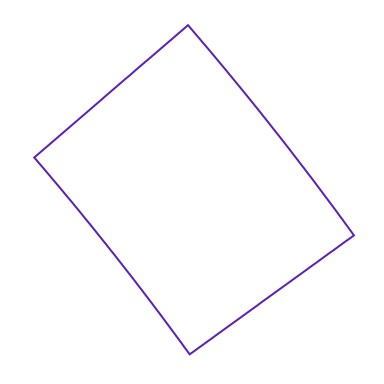 outline of Wyoming, rotated 232°
{"feature_id": "USA-3527", "entity_name": "Wyoming", "entity_type": "State", "adm_level": 1, "iso_a3": "USA", "parent_name": "United States of America", "parent_adm1": "", "projection": "albers", "projection_center": [-107.983, 43.0], "detail": "fine", "context": "isolated", "style": "outline", "palette": "violet", "viewbox_px": 384, "rotation_deg": 232, "n_neighbors": 0, "source": "natural_earth", "source_scale": "10m", "svg_char_len": 2376}
<svg xmlns="http://www.w3.org/2000/svg" viewBox="0 0 384 384"><g transform="rotate(232 192 192)"><path d="M58.1,292.9L58.2,289.8L58.3,286.6L58.5,283.4L58.6,280.3L58.7,277.1L58.8,273.9L58.9,270.8L59.0,267.6L59.2,264.4L59.3,261.3L59.4,258.1L59.5,254.9L59.6,251.8L59.7,248.6L59.8,245.4L60.0,242.3L60.2,234.4L60.5,226.4L60.8,218.5L61.1,210.6L61.4,202.7L61.7,194.8L62.0,186.9L62.3,179.0L62.5,171.0L62.8,163.1L63.1,155.2L63.4,147.3L63.7,139.4L64.0,131.5L64.3,123.6L64.5,115.6L64.6,114.1L64.7,112.6L64.7,111.0L64.8,109.5L64.8,108.0L64.9,106.4L64.9,104.9L65.0,103.3L65.1,101.8L65.1,100.3L65.2,98.7L65.2,97.2L65.3,95.6L65.3,94.1L65.4,92.6L65.5,91.0L65.5,90.2L67.3,90.3L71.2,90.4L75.1,90.5L79.0,90.7L82.9,90.8L86.8,90.9L90.7,91.0L94.6,91.1L98.5,91.2L102.4,91.3L106.3,91.4L110.2,91.5L114.1,91.6L118.0,91.7L121.9,91.7L125.8,91.8L129.7,91.9L133.6,91.9L137.5,92.0L141.4,92.0L145.3,92.1L149.2,92.1L153.1,92.1L157.0,92.2L160.9,92.2L164.8,92.2L168.7,92.2L172.7,92.2L176.6,92.2L180.5,92.2L184.4,92.2L188.3,92.2L192.2,92.2L196.1,92.1L200.0,92.1L203.9,92.1L207.8,92.0L211.7,92.0L215.6,91.9L219.5,91.9L223.4,91.8L227.3,91.8L231.2,91.7L235.1,91.6L239.0,91.5L242.9,91.5L246.8,91.4L250.7,91.3L254.6,91.2L258.5,91.1L262.4,91.0L266.3,90.8L270.2,90.7L274.1,90.6L278.0,90.5L281.9,90.3L285.8,90.2L289.7,90.0L293.6,89.9L297.5,89.7L301.4,89.6L305.3,89.4L309.2,89.2L313.1,89.1L316.3,88.9L316.6,95.3L316.9,101.6L317.2,107.9L317.5,114.2L317.8,120.6L318.1,126.9L318.4,133.2L318.7,139.6L319.0,145.9L319.3,152.2L319.6,158.6L319.9,164.9L320.2,171.2L320.5,177.6L320.9,183.9L321.2,190.2L321.5,196.6L321.8,202.9L322.1,209.2L322.3,215.6L322.7,221.9L323.0,228.2L323.3,234.6L323.5,240.9L323.8,247.2L324.1,253.6L324.4,259.9L324.7,266.2L325.0,272.6L325.3,278.9L325.6,285.2L325.9,291.6L321.1,291.8L315.1,292.0L309.1,292.3L303.1,292.5L297.1,292.8L291.1,293.0L285.1,293.2L279.1,293.4L273.0,293.6L267.0,293.8L261.0,293.9L255.0,294.1L249.0,294.2L243.0,294.4L237.0,294.5L231.0,294.6L225.0,294.7L219.0,294.8L212.9,294.9L206.9,294.9L200.9,295.0L194.9,295.0L188.9,295.0L182.9,295.1L176.9,295.1L170.9,295.1L164.9,295.1L158.8,295.0L152.8,295.0L146.8,294.9L140.8,294.9L134.8,294.8L130.0,294.8L125.2,294.7L120.4,294.6L115.6,294.5L110.8,294.4L106.0,294.3L101.2,294.2L96.5,294.1L91.7,294.0L86.9,293.9L82.1,293.7L77.3,293.6L72.5,293.4L67.7,293.3L62.9,293.1L58.1,292.9L58.1,292.9Z" fill="none" stroke="#5b21b6" stroke-width="2"/></g></svg>